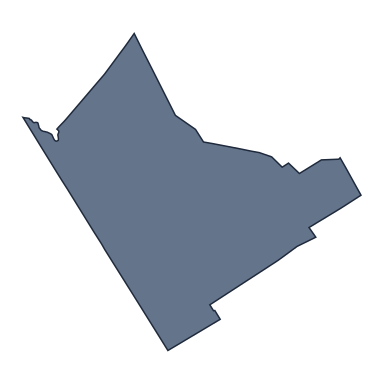 outline of Lomas de Zamora, Buenos Aires, Argentina
{"feature_id": "61730980B58255414710643", "entity_name": "Lomas de Zamora", "entity_type": "district", "adm_level": 2, "iso_a3": "ARG", "parent_name": "Argentina", "parent_adm1": "Buenos Aires", "projection": "robinson", "projection_center": [-58.466, -34.753], "detail": "fine", "context": "isolated", "style": "filled", "palette": "slate", "viewbox_px": 384, "rotation_deg": 0, "n_neighbors": 0, "source": "geoboundaries", "source_scale": "gbopen_adm2", "svg_char_len": 1780}
<svg xmlns="http://www.w3.org/2000/svg" viewBox="0 0 384 384"><path d="M23.0,117.4L40.3,145.6L56.6,172.0L61.9,180.5L67.1,188.6L93.7,231.6L101.6,244.0L104.9,249.8L115.2,266.2L132.4,293.6L148.4,319.2L167.9,350.5L220.2,319.3L214.8,310.5L213.5,310.7L209.8,304.8L277.9,260.5L297.1,246.4L315.8,237.2L309.0,227.5L341.0,208.1L361.0,195.2L355.7,185.7L345.7,167.6L340.1,157.8L338.8,159.2L321.4,159.9L299.4,173.5L288.5,163.1L282.2,167.2L271.7,156.9L259.3,152.6L251.0,151.1L241.8,149.2L212.7,143.6L203.5,142.0L195.5,129.4L175.4,115.4L152.2,69.3L142.5,50.2L134.2,33.5L127.3,43.3L123.4,48.7L120.9,52.0L105.6,72.7L104.5,74.2L104.4,74.3L96.6,83.4L65.9,119.4L64.2,121.3L58.8,126.9L56.9,129.1L57.3,129.4L57.8,129.9L58.2,130.4L58.6,130.8L58.8,131.3L58.9,131.9L58.6,132.6L58.5,133.1L58.2,133.7L58.0,134.2L57.9,134.7L57.9,135.5L58.0,136.0L58.2,136.9L58.3,137.6L58.4,138.3L58.4,138.9L58.4,139.7L58.2,140.4L57.8,140.6L57.4,140.8L56.8,141.0L56.2,141.2L55.7,141.0L55.0,140.6L54.7,140.3L54.2,139.7L53.8,138.9L53.5,138.3L53.2,137.6L52.9,137.0L52.6,136.3L52.2,135.4L51.9,134.8L51.5,134.3L51.1,134.1L50.4,133.7L49.9,133.4L49.5,133.2L48.8,132.9L48.2,132.6L47.6,132.3L47.0,132.1L46.4,132.0L46.0,131.9L45.4,131.7L45.0,131.6L44.5,131.5L43.9,131.4L43.4,131.4L42.7,131.1L42.1,130.8L41.5,130.5L41.0,130.1L40.6,129.7L40.2,129.0L39.7,128.5L39.3,128.0L39.0,127.5L38.9,126.8L38.8,126.2L38.6,125.5L38.5,125.0L38.3,124.5L38.2,124.0L38.0,123.2L37.6,122.7L37.1,122.5L36.4,122.4L35.9,122.4L35.3,122.4L34.8,122.5L34.2,122.7L33.8,122.6L33.2,122.2L32.7,121.8L32.3,121.3L32.0,120.9L31.7,120.4L31.3,120.0L30.7,119.8L30.2,119.6L29.8,119.5L29.7,118.9L29.2,118.4L28.7,118.3L28.2,118.3L27.7,118.2L27.3,118.1L26.9,118.0L25.7,117.9L25.0,117.9L24.2,117.7L23.8,117.6L23.0,117.4Z" fill="#64748b" stroke="#1e293b" stroke-width="1.5"/></svg>